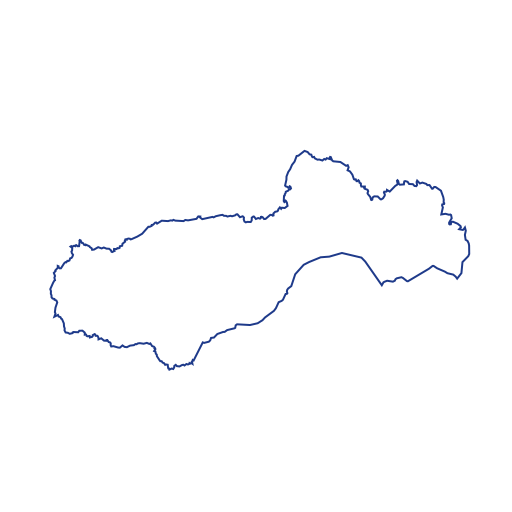 the district of Mucajaí, Roraima, Brazil, rotated 347°
{"feature_id": "56859067B90019213864957", "entity_name": "Mucajaí", "entity_type": "district", "adm_level": 2, "iso_a3": "BRA", "parent_name": "Brazil", "parent_adm1": "Roraima", "projection": "natural_earth1", "projection_center": [-62.094, 2.526], "detail": "fine", "context": "isolated", "style": "outline", "palette": "blue", "viewbox_px": 512, "rotation_deg": 347, "n_neighbors": 0, "source": "geoboundaries", "source_scale": "gbopen_adm2", "svg_char_len": 6053}
<svg xmlns="http://www.w3.org/2000/svg" viewBox="0 0 512 512"><g transform="rotate(347 256 256)"><path d="M77.4,205.1L78.8,206.7L78.0,209.4L77.2,210.1L77.2,211.7L78.0,213.7L77.0,215.3L75.8,216.4L74.4,216.5L73.2,218.4L71.8,218.7L71.1,218.3L69.7,219.5L69.0,219.1L67.5,219.9L63.2,224.1L62.0,223.9L61.1,222.9L61.3,221.6L60.6,221.1L60.2,222.9L57.2,224.9L57.3,225.6L55.2,227.0L55.7,230.3L54.7,231.7L54.7,234.4L54.0,234.6L52.4,236.3L48.1,242.0L48.3,244.1L47.6,246.7L47.9,248.2L47.5,250.3L48.2,251.7L49.9,252.5L49.8,253.3L51.5,254.5L51.9,256.5L49.0,261.2L47.4,265.5L47.7,266.9L45.9,269.8L49.8,268.9L50.1,270.6L51.7,271.6L52.1,273.3L52.8,273.9L53.6,278.4L53.1,281.4L53.3,283.6L52.7,285.4L53.3,287.7L55.4,288.5L57.0,289.9L59.9,289.9L60.2,289.2L61.0,289.0L65.6,290.3L67.0,289.1L70.1,289.7L71.9,292.1L71.5,293.9L72.2,293.7L72.8,294.4L72.9,295.6L73.6,296.3L75.9,296.5L75.8,298.0L78.2,297.9L78.9,297.3L79.1,296.4L81.2,295.8L81.7,296.3L81.8,297.7L83.5,298.1L83.8,298.7L84.1,300.3L83.8,301.8L86.7,301.4L88.9,304.3L91.3,305.0L91.5,304.3L92.2,304.4L93.1,306.7L94.4,307.4L94.8,308.4L94.3,310.2L94.6,311.6L96.8,311.8L101.1,314.2L102.7,314.7L105.8,313.1L107.5,315.0L109.7,315.8L113.1,315.0L117.0,315.4L118.7,314.7L119.7,315.1L121.3,314.6L123.2,314.8L126.8,316.2L130.1,316.1L132.3,317.7L133.4,317.4L134.5,320.4L136.2,321.5L136.7,322.5L136.9,323.2L136.4,323.4L136.9,324.2L135.4,325.7L136.5,326.4L136.4,328.7L137.1,329.7L136.9,331.3L138.7,336.2L139.1,337.0L140.4,337.3L141.0,338.9L142.2,339.6L143.0,341.6L143.8,341.4L145.5,342.1L145.2,345.3L145.4,346.0L146.1,346.2L146.1,347.2L148.6,346.7L149.9,347.5L151.2,346.2L151.7,344.7L153.3,344.0L154.1,345.5L156.6,346.4L159.4,345.6L160.7,345.6L161.7,346.6L163.9,345.6L165.3,346.4L166.8,346.1L167.1,345.5L167.6,346.1L169.1,345.9L169.2,345.1L171.1,343.3L171.7,343.8L184.7,328.2L185.9,329.0L190.8,328.9L192.4,327.9L193.8,325.7L196.7,326.0L200.8,323.3L206.9,322.6L208.4,322.9L211.2,321.7L218.9,321.6L219.6,321.3L220.6,319.0L222.2,318.3L234.6,321.9L242.5,321.9L247.9,320.0L251.0,317.9L261.1,313.5L263.7,311.3L267.7,306.1L270.9,305.5L272.4,304.7L276.3,299.7L277.6,299.8L278.2,299.3L278.1,297.4L278.8,296.0L280.0,294.9L283.6,293.3L290.1,282.6L300.5,275.3L306.5,273.8L318.7,271.8L327.3,273.1L340.4,272.4L358.4,281.3L361.2,286.0L372.0,312.8L374.3,310.3L375.4,310.0L378.2,309.6L383.6,311.8L385.7,311.3L386.7,310.0L388.2,309.4L392.9,309.4L394.2,310.4L397.4,314.4L398.3,314.8L421.7,307.3L425.8,305.4L426.8,305.6L429.7,308.7L436.5,313.7L438.6,315.8L444.0,318.5L445.9,321.0L446.9,323.3L452.3,318.9L455.8,308.4L462.8,303.9L464.2,302.0L466.0,293.8L466.1,291.6L465.5,288.9L463.9,287.3L464.3,282.4L466.1,278.6L466.0,275.2L464.0,277.0L463.3,277.1L460.0,275.6L462.1,274.1L462.0,272.8L459.7,269.9L455.6,266.9L454.5,266.8L453.6,267.4L453.0,268.9L451.8,268.8L451.4,268.2L451.7,266.9L455.2,263.2L455.3,260.0L454.7,259.3L453.3,259.2L450.1,257.5L445.9,257.2L449.0,250.7L448.7,248.5L449.1,247.6L451.0,247.6L451.3,246.9L450.9,245.8L451.6,243.4L451.7,240.7L450.9,234.0L446.5,229.2L445.2,228.8L443.3,230.2L442.7,230.1L441.0,225.9L438.9,225.5L438.2,224.1L434.6,221.9L432.0,222.2L430.0,218.8L429.1,220.1L428.9,223.1L427.9,224.0L426.2,223.4L425.0,221.3L421.4,220.3L420.4,217.8L418.3,216.6L417.4,216.6L417.0,217.2L416.2,219.5L412.2,218.9L411.4,218.0L411.4,214.9L410.9,214.0L410.3,214.4L410.3,217.5L409.5,218.3L407.5,219.0L400.8,223.3L398.5,221.1L398.1,222.3L397.3,222.6L395.4,222.2L394.9,223.0L395.4,224.9L395.0,226.1L392.8,228.3L391.0,229.0L390.1,228.8L388.0,225.4L384.7,224.5L383.5,224.8L382.5,225.8L382.0,227.2L381.3,227.5L380.8,227.2L380.6,224.1L379.0,220.9L378.8,219.8L379.9,218.1L379.6,216.6L376.9,214.8L376.7,214.0L377.5,213.6L377.7,212.8L374.3,212.0L374.1,210.8L374.5,208.9L373.3,207.8L373.4,206.3L372.8,205.2L371.5,205.9L370.8,205.7L370.4,203.7L369.2,203.7L368.7,203.2L368.2,198.5L367.2,196.1L366.5,194.6L364.5,193.1L366.2,190.4L365.8,188.1L364.1,188.4L359.4,183.4L352.6,181.1L351.7,180.0L351.1,176.4L350.5,176.1L349.6,177.1L349.6,178.1L346.9,176.6L345.5,177.7L344.3,176.8L342.2,177.9L339.3,176.2L337.6,176.0L335.3,174.1L334.9,172.5L333.5,172.5L332.9,171.8L332.7,169.7L331.1,169.0L329.7,166.3L326.9,164.5L319.9,167.8L318.1,167.7L314.8,172.7L311.6,175.3L308.8,179.1L306.3,181.4L303.6,185.4L302.8,188.5L300.2,193.9L300.6,194.8L302.0,195.6L302.5,196.5L303.2,196.8L304.5,195.6L305.1,196.2L305.3,198.0L304.2,198.8L303.1,198.6L302.0,199.6L299.5,200.1L298.8,201.6L297.9,202.3L297.6,203.5L296.8,203.8L295.4,208.7L295.8,209.9L296.4,209.7L296.5,208.7L297.1,208.5L297.5,209.0L298.1,210.9L298.0,214.3L294.8,215.7L292.1,214.8L291.1,215.7L290.2,214.0L288.2,215.6L287.6,216.8L286.6,217.3L284.7,217.2L282.5,218.5L282.2,220.4L281.4,220.5L280.6,219.6L279.2,219.1L273.7,222.0L272.2,221.8L271.2,219.7L270.2,219.0L269.6,219.0L269.1,220.2L268.3,220.5L266.7,219.5L264.2,219.9L263.0,217.2L262.3,216.9L260.5,217.7L259.8,220.4L258.5,221.7L255.2,220.8L253.6,220.9L252.5,219.8L252.3,217.5L252.9,215.9L252.4,214.8L251.9,214.3L249.1,214.6L247.3,211.2L246.2,211.0L244.8,211.7L241.6,211.9L240.2,211.1L237.0,211.1L236.0,210.2L233.8,209.6L232.7,208.4L230.4,208.2L225.8,208.2L223.4,208.8L222.4,208.1L211.9,208.0L210.0,205.7L210.5,205.0L209.1,204.5L208.5,204.5L206.4,206.4L197.8,206.0L195.2,205.0L193.3,205.7L185.4,203.4L183.6,202.2L182.5,202.7L180.9,202.1L178.1,202.2L172.1,200.4L166.9,202.2L166.4,201.0L165.3,200.8L162.8,202.4L161.4,202.3L161.1,203.2L158.9,203.6L157.7,203.3L150.1,208.7L144.7,210.4L138.5,211.6L137.5,211.6L137.0,210.8L135.6,210.3L134.1,210.4L133.7,211.1L132.5,210.4L131.6,211.6L131.7,212.6L128.7,214.0L127.9,215.9L125.5,215.9L124.9,217.4L123.9,217.6L122.7,217.1L121.7,217.9L119.3,217.2L118.9,218.3L119.3,219.2L116.8,219.8L116.2,219.4L115.9,217.8L114.5,215.9L112.0,215.2L109.6,213.5L107.3,213.9L104.2,211.9L99.6,213.3L97.7,213.1L97.6,211.5L96.1,209.9L95.9,209.1L92.7,206.6L92.3,207.1L90.9,206.3L90.7,205.2L90.1,204.3L89.2,204.0L88.6,201.3L87.9,200.8L87.4,201.3L87.4,202.3L85.8,206.6L84.3,206.3L83.4,205.0L82.7,205.0L82.1,205.8L81.0,205.1L78.8,205.5L78.2,204.8L77.4,205.1ZM169.1,345.9L169.8,346.7L169.9,344.7L169.1,345.9Z" fill="none" stroke="#1e3a8a" stroke-width="2"/></g></svg>